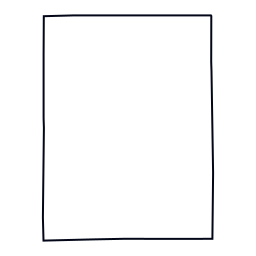 outline of Shelby, Indiana, United States of America
{"feature_id": "52423323B30392961405034", "entity_name": "Shelby", "entity_type": "district", "adm_level": 2, "iso_a3": "USA", "parent_name": "United States of America", "parent_adm1": "Indiana", "projection": "robinson", "projection_center": [-85.79, 39.523], "detail": "fine", "context": "isolated", "style": "outline", "palette": "ink", "viewbox_px": 256, "rotation_deg": 0, "n_neighbors": 0, "source": "geoboundaries", "source_scale": "gbopen_adm2", "svg_char_len": 316}
<svg xmlns="http://www.w3.org/2000/svg" viewBox="0 0 256 256"><path d="M184.1,238.9L212.4,238.8L213.1,173.0L211.5,71.4L211.2,62.0L211.3,16.0L210.9,15.4L73.6,15.4L43.8,16.2L43.6,53.9L43.6,118.4L43.9,127.9L42.9,217.4L43.5,240.6L93.2,239.4L124.1,238.8L184.1,238.9Z" fill="none" stroke="#020617" stroke-width="2"/></svg>